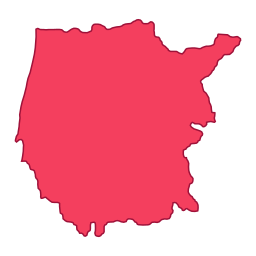 the district of Akko, HaZafon, Israel
{"feature_id": "584046B83749751332199", "entity_name": "Akko", "entity_type": "district", "adm_level": 2, "iso_a3": "ISR", "parent_name": "Israel", "parent_adm1": "HaZafon", "projection": "mercator", "projection_center": [35.293, 32.939], "detail": "fine", "context": "isolated", "style": "filled", "palette": "rose", "viewbox_px": 256, "rotation_deg": 0, "n_neighbors": 0, "source": "geoboundaries", "source_scale": "gbopen_adm2", "svg_char_len": 5428}
<svg xmlns="http://www.w3.org/2000/svg" viewBox="0 0 256 256"><path d="M218.3,34.2L217.8,34.9L217.7,36.3L217.2,37.4L216.2,38.0L215.3,39.1L214.5,41.8L214.3,43.8L213.2,44.9L211.5,45.6L210.8,45.9L208.3,46.2L206.4,46.2L204.6,46.7L202.2,47.6L201.1,48.4L199.3,48.7L196.9,48.3L194.5,48.0L192.3,48.0L188.7,48.3L186.9,48.6L185.7,49.4L184.8,51.0L183.6,52.6L182.2,53.9L180.1,53.4L178.9,52.9L176.7,51.5L174.9,51.4L173.3,51.4L170.4,51.4L168.4,50.3L168.1,49.3L166.9,48.2L166.1,47.4L165.3,46.5L164.4,46.0L162.6,44.7L162.1,43.8L162.0,42.5L161.4,41.3L160.4,40.6L160.1,39.8L159.7,38.5L158.7,37.3L156.6,37.0L155.3,36.6L154.5,35.4L154.4,34.5L154.3,32.4L153.9,30.5L154.1,29.2L154.1,27.1L154.1,25.5L154.0,24.2L153.3,23.1L152.2,22.1L150.8,21.8L149.4,22.6L148.4,23.5L147.0,23.7L144.8,23.7L143.5,23.6L142.1,22.6L141.7,21.4L140.3,20.1L138.3,19.7L136.6,20.0L135.3,20.9L134.0,21.3L132.7,22.1L131.2,23.3L130.0,23.6L127.7,23.8L125.4,24.1L123.2,24.9L121.8,26.0L120.0,26.6L118.1,26.8L116.3,27.0L112.8,27.8L111.6,28.3L110.3,29.1L109.1,29.3L108.0,29.4L106.8,29.3L105.6,28.3L104.9,27.1L104.1,26.5L102.5,25.8L101.4,25.2L100.3,24.6L98.0,24.2L95.4,24.2L94.0,24.4L92.8,25.4L92.2,26.4L91.9,27.6L91.9,29.6L91.1,31.1L87.2,32.7L84.0,32.6L82.5,32.5L80.5,31.5L79.7,30.6L78.8,29.5L77.9,28.9L76.0,28.4L73.9,28.3L72.0,29.0L70.6,29.8L69.4,30.7L68.2,31.5L67.2,32.1L65.9,32.2L63.9,31.7L63.3,31.1L61.8,29.8L59.6,29.5L56.5,29.5L53.5,29.6L48.8,29.6L46.0,29.8L43.3,29.6L42.0,29.6L40.1,29.5L39.1,29.1L38.6,28.7L37.5,28.5L36.0,29.2L36.1,36.8L35.3,47.8L34.4,54.2L32.5,62.8L30.2,72.4L28.0,78.5L27.1,82.5L26.3,87.0L24.3,95.0L22.2,101.8L21.0,106.9L19.7,114.8L20.0,118.0L19.3,123.5L19.1,126.6L18.3,131.4L18.0,133.9L16.4,136.4L15.6,139.5L15.4,140.9L16.5,142.0L17.3,141.4L19.2,139.8L21.1,139.5L22.5,140.5L23.6,145.1L23.4,147.9L23.3,151.3L22.7,155.8L22.0,159.8L21.6,161.2L24.6,161.1L26.0,161.2L26.6,161.7L27.4,163.2L28.9,164.2L29.5,165.6L30.0,167.7L30.6,169.2L31.5,169.6L33.0,170.0L34.2,170.6L34.7,172.2L35.3,174.2L35.5,176.7L36.0,178.1L37.3,179.5L37.8,180.9L37.9,182.3L37.8,184.3L38.2,188.3L39.2,189.3L40.3,190.6L40.6,192.5L40.8,194.9L40.7,197.0L41.2,198.3L42.8,198.1L44.2,197.5L45.1,197.3L46.0,197.4L47.2,198.6L48.3,199.4L48.9,200.0L50.3,201.1L52.0,202.2L54.6,202.4L57.2,202.4L58.7,202.7L59.6,203.4L59.6,206.5L60.1,211.5L60.4,213.1L61.7,213.8L62.6,214.7L63.0,217.0L63.1,218.8L64.2,219.7L65.4,220.8L66.3,221.2L67.0,221.6L68.0,221.7L69.0,221.8L70.7,222.0L72.3,222.4L73.1,222.8L73.5,223.5L73.9,224.5L75.3,224.9L76.6,225.6L76.7,226.7L76.8,228.0L77.0,229.7L78.2,230.9L79.1,232.0L79.6,233.2L81.7,233.2L82.8,233.9L84.2,235.9L85.4,236.1L86.8,235.3L87.1,234.2L87.6,232.5L88.5,231.3L89.6,230.9L90.2,230.2L90.4,228.7L90.4,227.1L90.4,225.0L90.9,222.7L92.7,222.4L94.1,222.2L95.0,222.7L95.4,224.4L95.5,228.3L95.4,230.9L94.9,233.0L95.1,233.9L95.5,235.2L96.4,235.9L98.2,236.3L99.2,236.3L100.7,235.6L101.8,234.1L103.4,233.2L104.1,231.8L104.1,227.8L104.1,226.6L104.7,225.1L106.1,224.5L106.6,223.8L107.2,222.7L108.1,222.2L110.5,222.0L113.3,221.9L115.9,220.8L117.5,220.6L119.4,221.0L121.2,221.8L123.8,222.2L126.2,221.5L126.6,220.4L127.4,219.4L128.6,218.8L130.7,219.0L132.7,219.4L133.8,220.4L134.9,221.9L136.3,222.4L136.8,223.1L137.4,224.3L138.6,224.7L143.0,225.0L148.0,224.8L149.6,224.4L151.1,223.1L152.0,222.3L154.6,222.1L157.2,222.4L159.2,221.8L160.8,220.3L161.6,219.6L164.5,218.9L167.0,219.1L169.3,218.5L170.4,216.7L170.8,214.6L171.7,213.5L172.6,212.7L173.0,210.6L172.0,208.8L172.1,207.2L172.8,204.9L173.0,202.8L174.7,202.5L176.2,202.9L177.9,204.8L178.9,207.0L181.0,208.1L182.0,209.0L182.3,210.1L183.3,210.5L184.5,210.1L185.9,208.8L187.0,208.6L188.8,209.9L190.2,210.6L191.6,211.2L192.8,211.3L194.9,211.4L197.7,210.9L197.9,210.1L198.1,207.8L198.0,205.2L197.5,203.8L196.7,202.2L195.2,201.2L194.7,199.7L193.5,199.1L192.7,197.8L192.1,196.6L190.7,195.8L189.6,194.5L188.8,193.4L188.2,191.7L188.4,188.9L189.1,186.6L189.5,184.8L190.0,183.8L191.8,183.1L192.6,181.9L192.9,180.5L193.0,178.7L192.3,177.4L191.1,176.3L189.9,174.1L189.2,172.3L188.7,170.2L188.5,166.8L188.7,163.4L187.9,161.0L186.9,159.5L186.5,158.6L186.4,157.7L185.5,157.7L184.9,157.6L183.9,156.7L183.3,154.3L183.3,152.0L183.4,150.2L184.8,149.4L185.8,149.2L186.6,147.9L187.7,146.9L189.8,145.9L190.5,144.1L191.9,143.6L194.7,143.4L196.5,143.1L197.6,142.2L198.2,140.8L199.7,140.3L200.2,138.8L200.5,137.6L201.1,136.3L202.3,135.2L202.6,133.8L201.7,131.9L200.2,131.0L197.7,130.1L194.0,128.9L191.3,127.0L190.3,125.4L191.0,123.5L192.2,122.4L193.7,122.9L194.4,123.6L195.8,123.8L197.7,123.8L199.3,123.9L201.5,125.1L202.2,126.0L203.0,126.7L204.0,126.7L205.6,125.8L206.7,124.3L206.6,122.3L208.5,121.8L210.9,121.5L214.1,122.2L214.6,122.2L215.3,121.4L214.7,120.0L214.3,118.0L214.7,116.1L214.9,113.7L214.8,112.7L212.8,112.6L211.8,112.2L211.4,109.4L211.2,106.8L210.4,104.4L209.5,102.9L209.0,100.2L208.8,97.9L207.1,94.9L206.1,93.2L203.7,91.2L202.9,88.5L202.3,86.1L202.2,84.3L200.9,82.8L200.6,81.1L201.6,79.8L202.6,79.1L203.7,78.2L204.8,77.3L206.6,76.5L208.3,76.1L209.3,75.0L210.7,73.7L211.9,71.9L212.3,70.8L213.3,70.2L214.1,69.0L214.5,67.6L215.2,66.6L216.2,65.9L217.0,64.7L217.3,62.6L218.0,60.7L218.9,59.8L221.0,58.6L222.0,57.6L223.1,55.9L224.4,54.6L226.5,54.6L229.6,54.4L230.9,53.4L232.9,51.6L233.4,50.2L234.0,48.6L235.6,46.7L236.5,45.9L237.9,45.5L239.2,44.2L239.7,41.6L240.6,40.4L240.4,38.7L239.5,38.1L238.3,37.1L237.1,36.6L234.5,37.0L232.9,37.2L231.0,36.8L229.9,36.5L228.5,35.4L227.5,34.8L222.8,34.5L218.3,34.2Z" fill="#f43f5e" stroke="#9f1239" stroke-width="1.5"/></svg>